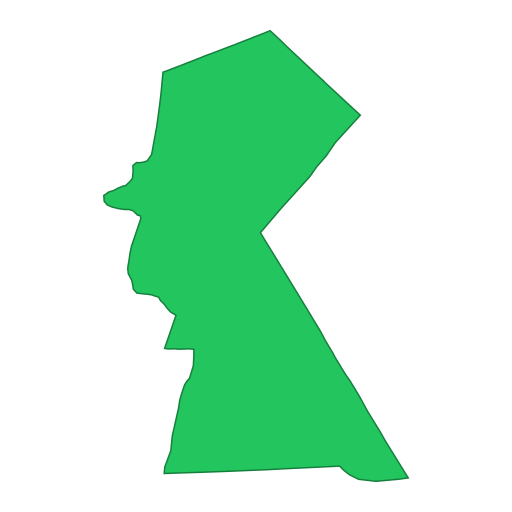 outline of Reforma de Pineda, Oaxaca, Mexico
{"feature_id": "50627088B66441265662179", "entity_name": "Reforma de Pineda", "entity_type": "district", "adm_level": 2, "iso_a3": "MEX", "parent_name": "Mexico", "parent_adm1": "Oaxaca", "projection": "robinson", "projection_center": [-94.453, 16.395], "detail": "fine", "context": "isolated", "style": "filled", "palette": "green", "viewbox_px": 512, "rotation_deg": 0, "n_neighbors": 0, "source": "geoboundaries", "source_scale": "gbopen_adm2", "svg_char_len": 1886}
<svg xmlns="http://www.w3.org/2000/svg" viewBox="0 0 512 512"><path d="M153.9,141.7L152.2,151.4L151.8,153.4L151.4,154.8L147.2,160.9L143.8,162.0L139.9,162.7L136.4,162.6L132.9,165.6L133.1,171.6L132.4,178.4L129.7,181.8L126.4,184.8L125.6,185.7L122.9,186.1L117.9,188.2L113.7,190.5L109.0,191.9L103.8,195.4L104.2,201.3L107.4,205.0L112.0,207.0L118.4,208.6L124.7,209.5L129.0,209.5L132.2,210.5L133.1,210.8L137.5,215.1L140.3,215.7L140.8,218.7L134.6,237.0L131.5,246.1L129.9,253.7L129.2,259.1L128.0,266.1L127.7,269.2L128.1,271.4L128.2,273.6L131.8,280.4L132.8,285.5L133.4,289.3L136.9,293.1L143.6,293.9L147.9,294.3L152.4,295.0L153.9,295.7L158.6,297.1L160.5,300.6L164.1,304.1L167.3,308.4L170.4,311.9L176.0,315.3L164.6,348.4L168.4,349.0L174.8,348.8L178.8,349.2L184.8,349.0L188.6,348.8L193.9,349.3L193.8,356.3L193.5,362.8L193.3,365.9L189.6,378.0L186.5,381.8L184.6,384.9L183.6,387.7L181.4,394.4L179.7,400.5L178.5,408.5L176.7,416.3L172.3,435.8L170.8,450.8L164.8,466.9L164.2,473.5L164.4,473.5L172.1,473.2L200.3,472.3L228.0,471.3L266.8,469.7L283.5,468.8L331.6,466.5L337.7,466.2L339.6,466.1L343.9,470.4L349.7,474.9L358.6,479.3L375.9,481.3L399.1,479.2L408.2,477.9L385.5,441.2L380.3,432.0L375.2,423.7L367.7,411.5L359.4,396.3L350.1,381.0L345.3,374.1L334.9,357.0L333.2,353.6L325.1,340.1L322.6,335.2L319.6,329.8L314.3,321.1L305.0,305.7L283.1,269.8L277.6,260.8L273.5,254.1L268.9,246.6L268.6,246.2L264.7,239.8L260.4,232.7L281.0,208.5L309.9,176.5L316.8,166.7L325.8,156.4L326.1,156.1L335.3,142.6L335.7,142.2L360.3,115.2L324.3,81.9L324.1,81.6L323.3,80.6L321.9,79.5L286.0,45.8L281.2,41.0L270.1,30.7L260.9,34.4L256.4,36.1L241.2,42.1L233.1,45.3L229.0,46.8L209.9,54.1L208.0,54.7L192.7,60.8L190.9,61.5L178.1,66.5L176.2,67.2L173.4,68.3L163.0,72.2L161.2,91.6L160.5,97.9L159.9,102.9L159.7,104.6L159.3,107.7L157.0,124.6L156.8,126.3L155.3,134.0L155.2,135.1L153.9,141.7Z" fill="#22c55e" stroke="#15803d" stroke-width="1.5"/></svg>